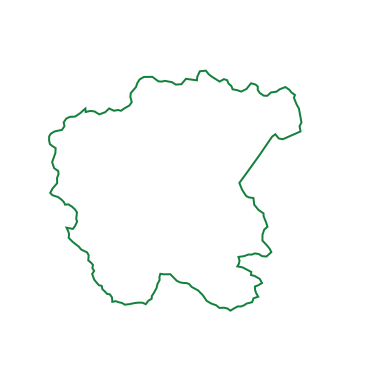 Caconde, São Paulo, Brazil, rotated 248°
{"feature_id": "56859067B24712398589608", "entity_name": "Caconde", "entity_type": "district", "adm_level": 2, "iso_a3": "BRA", "parent_name": "Brazil", "parent_adm1": "São Paulo", "projection": "albers", "projection_center": [-46.63, -21.556], "detail": "fine", "context": "isolated", "style": "outline", "palette": "green", "viewbox_px": 384, "rotation_deg": 248, "n_neighbors": 0, "source": "geoboundaries", "source_scale": "gbopen_adm2", "svg_char_len": 2772}
<svg xmlns="http://www.w3.org/2000/svg" viewBox="0 0 384 384"><g transform="rotate(248 192 192)"><path d="M307.2,202.3L313.6,198.4L316.7,190.5L316.0,185.6L313.3,181.9L310.3,179.4L306.6,172.2L302.9,170.4L297.9,169.8L295.6,166.3L294.9,160.6L293.9,156.6L295.7,154.2L296.6,150.0L300.5,146.5L298.5,141.5L298.7,135.1L303.2,131.8L305.3,128.0L306.0,123.4L309.3,124.4L308.4,121.7L307.1,118.4L305.7,111.8L307.4,107.0L307.2,103.0L304.6,99.1L300.8,98.4L298.3,94.7L299.2,89.9L299.6,86.9L298.9,82.8L297.1,80.4L293.3,78.8L289.6,78.2L286.9,79.8L283.7,82.0L279.3,79.9L272.1,73.5L265.7,73.1L261.6,75.8L258.8,75.1L255.5,72.1L250.7,70.3L247.6,64.2L244.3,60.2L241.3,61.4L237.4,66.0L233.7,68.2L230.7,69.4L227.8,69.6L226.9,72.7L223.3,75.3L219.6,77.0L216.2,77.7L210.5,74.6L207.6,74.4L204.2,70.7L202.4,67.7L205.9,62.3L201.8,62.5L199.1,62.3L195.7,60.5L190.9,62.5L186.9,64.7L183.9,66.5L180.2,67.7L175.3,72.1L172.1,72.5L167.4,70.2L164.3,71.9L161.5,72.9L158.8,71.1L155.4,71.7L153.4,68.7L147.3,68.5L143.5,69.7L140.5,70.7L138.8,73.1L135.5,72.5L132.8,73.8L129.3,75.1L127.9,77.5L124.2,78.3L120.0,77.0L119.3,80.5L117.0,83.0L115.5,85.4L112.7,87.5L111.5,91.8L110.7,96.3L110.0,99.2L109.1,101.9L107.9,104.6L105.3,107.1L107.6,110.9L108.1,114.6L110.6,115.8L112.6,118.7L116.3,123.2L119.5,125.4L122.5,129.0L125.3,129.9L128.0,132.0L126.2,135.1L123.9,141.1L120.3,142.6L115.6,144.5L112.8,146.9L111.0,149.7L109.7,152.7L107.6,154.9L104.2,156.1L100.9,158.7L98.8,160.6L92.8,163.2L89.0,164.1L85.6,164.8L81.4,168.0L77.9,172.0L74.2,174.0L72.8,178.2L70.7,181.2L67.6,183.2L68.3,187.3L68.8,191.5L67.6,194.2L67.4,197.5L68.1,200.8L67.3,206.5L70.4,209.2L70.1,214.1L74.4,213.6L77.6,213.8L80.8,214.9L80.7,218.4L81.4,222.8L86.0,222.3L90.7,218.6L92.9,215.6L95.7,217.0L99.0,214.2L103.2,210.6L106.0,206.2L107.8,208.5L110.4,210.3L114.4,210.8L113.0,216.3L112.9,221.0L111.6,223.8L111.5,227.4L109.3,230.8L106.3,232.9L104.3,236.8L106.5,243.0L110.1,242.8L114.7,241.4L120.5,239.1L125.9,241.3L130.1,244.9L131.5,249.0L136.2,249.3L142.6,249.3L145.4,250.3L147.9,248.6L150.5,246.9L153.9,245.9L157.0,244.9L160.4,245.9L163.4,246.7L165.7,242.7L167.9,240.8L171.0,240.1L175.3,239.3L182.7,239.3L189.8,250.8L193.6,256.8L200.6,267.9L213.3,287.0L214.3,290.9L209.1,292.5L206.9,296.0L207.5,315.3L212.7,316.4L215.4,319.5L229.3,322.4L233.9,321.8L237.4,321.8L241.2,321.8L243.4,323.8L247.2,321.4L250.4,320.5L254.3,317.9L254.4,311.9L253.4,307.8L254.7,302.5L253.0,297.9L254.4,294.7L258.3,292.0L262.0,291.2L265.1,292.5L267.8,291.2L270.7,287.5L267.1,281.1L266.7,275.2L269.9,271.5L272.0,268.1L275.6,268.2L278.9,266.5L282.4,266.5L284.7,263.9L284.0,259.0L291.9,253.3L294.9,251.6L299.3,250.3L301.0,244.5L296.8,240.0L293.7,238.4L299.2,228.8L295.9,222.5L297.7,217.2L301.3,214.6L305.2,208.5L305.7,205.3L307.2,202.3Z" fill="none" stroke="#15803d" stroke-width="2"/></g></svg>